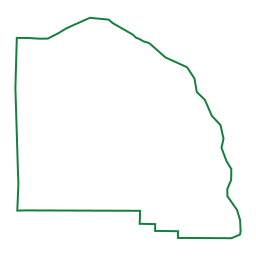 Columbia, Oregon, United States of America
{"feature_id": "52423323B32513162677446", "entity_name": "Columbia", "entity_type": "district", "adm_level": 2, "iso_a3": "USA", "parent_name": "United States of America", "parent_adm1": "Oregon", "projection": "natural_earth1", "projection_center": [-123.003, 45.955], "detail": "fine", "context": "isolated", "style": "outline", "palette": "green", "viewbox_px": 256, "rotation_deg": 0, "n_neighbors": 0, "source": "geoboundaries", "source_scale": "gbopen_adm2", "svg_char_len": 691}
<svg xmlns="http://www.w3.org/2000/svg" viewBox="0 0 256 256"><path d="M177.9,237.9L231.5,238.2L239.9,234.6L240.6,231.8L240.3,224.3L240.1,220.2L237.1,210.1L227.4,196.2L227.3,189.1L231.1,180.1L231.2,177.1L231.3,169.0L226.5,161.2L221.5,147.8L223.5,138.6L220.5,125.1L211.8,115.8L204.9,99.9L196.8,92.0L194.8,80.5L194.4,78.4L187.1,67.3L165.4,57.4L150.0,43.8L148.1,42.7L143.4,41.3L139.0,38.8L136.3,37.9L132.6,34.5L112.7,23.1L108.6,19.6L89.9,17.8L72.6,25.5L65.9,28.6L58.5,33.1L47.8,38.6L40.0,38.7L28.4,38.0L16.8,37.9L15.4,88.1L17.9,169.9L18.4,183.7L17.3,210.6L25.2,210.4L140.1,210.8L139.7,223.8L155.2,224.1L155.1,230.9L178.0,231.2L177.9,237.9Z" fill="none" stroke="#15803d" stroke-width="2"/></svg>